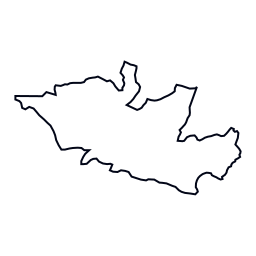 outline of Melaka Tengah, Melaka, Malaysia
{"feature_id": "92858781B41999482633518", "entity_name": "Melaka Tengah", "entity_type": "district", "adm_level": 2, "iso_a3": "MYS", "parent_name": "Malaysia", "parent_adm1": "Melaka", "projection": "albers", "projection_center": [102.271, 2.246], "detail": "fine", "context": "isolated", "style": "outline", "palette": "ink", "viewbox_px": 256, "rotation_deg": 0, "n_neighbors": 0, "source": "geoboundaries", "source_scale": "gbopen_adm2", "svg_char_len": 2641}
<svg xmlns="http://www.w3.org/2000/svg" viewBox="0 0 256 256"><path d="M15.4,96.0L15.4,99.5L19.4,101.1L21.1,103.0L22.2,107.9L25.4,109.3L29.2,106.9L33.6,108.5L36.6,112.0L39.3,115.3L44.0,119.4L47.5,122.9L50.5,125.6L53.5,131.1L55.1,135.2L56.2,140.1L58.7,145.3L61.4,149.6L64.9,149.6L69.5,148.5L72.8,148.0L77.7,147.7L81.5,148.0L84.3,150.2L88.6,150.2L89.2,150.2L86.2,152.9L85.1,154.0L83.2,157.0L81.3,161.1L81.3,164.1L83.7,164.1L86.7,163.8L90.8,160.0L93.2,158.9L96.5,158.6L99.0,161.6L103.0,163.5L107.1,164.1L110.4,163.8L112.3,164.6L110.9,168.1L109.9,170.3L113.1,171.7L117.5,172.0L121.0,170.3L125.1,170.9L128.6,172.0L131.6,176.6L140.9,179.6L146.1,180.4L148.3,179.3L154.3,179.6L159.4,182.6L162.1,182.8L166.5,183.4L172.2,185.8L175.5,186.9L178.8,190.2L181.5,191.8L185.0,192.9L190.2,193.5L194.6,194.2L195.3,194.3L196.7,192.8L197.8,191.7L197.2,189.6L195.8,187.2L196.0,183.4L196.9,180.4L198.3,177.8L200.0,176.0L202.6,174.1L204.4,173.4L206.5,172.7L208.9,172.9L211.0,173.3L211.9,175.2L213.8,176.2L216.4,177.3L218.3,178.5L220.6,179.5L222.5,179.0L222.0,176.9L223.4,175.9L225.0,174.8L226.5,172.6L227.0,170.3L228.6,167.3L231.1,166.3L231.4,164.5L232.6,162.8L235.2,161.4L235.4,159.7L237.9,158.4L240.1,156.9L239.4,154.8L240.3,153.2L240.6,151.3L239.1,148.7L237.3,146.6L235.4,144.5L236.5,141.4L237.8,138.0L238.4,133.0L237.0,131.1L234.9,131.8L233.5,130.5L233.8,129.0L231.2,127.9L229.7,129.5L228.1,131.6L226.3,133.7L224.1,135.8L221.1,136.1L218.9,135.1L216.9,134.4L214.5,134.9L211.2,136.1L207.9,136.7L204.9,137.7L202.3,139.3L199.7,140.5L197.4,139.6L196.5,137.5L194.6,135.4L192.4,135.6L190.3,135.8L187.0,137.2L184.2,140.8L182.4,141.2L177.7,140.8L178.6,136.7L180.0,134.4L180.9,132.3L179.6,130.0L181.9,127.8L183.3,126.2L184.9,124.5L186.1,122.4L187.6,118.2L189.6,115.2L189.9,112.8L189.7,109.6L189.6,107.2L196.9,86.9L195.6,88.3L189.7,88.6L181.8,85.9L176.6,84.8L174.9,88.1L174.7,91.3L172.2,93.2L168.4,95.4L164.1,97.3L160.5,99.2L157.0,100.3L154.5,100.6L151.0,100.1L147.4,99.0L145.8,102.8L143.4,105.2L141.7,107.7L139.5,109.0L137.1,109.9L126.7,105.0L130.6,102.0L133.3,99.0L135.5,95.7L139.0,91.3L140.1,87.0L138.7,84.3L136.0,82.1L135.5,78.5L134.9,75.0L136.0,70.6L136.5,68.2L136.5,66.3L133.8,65.2L130.6,64.6L127.0,62.7L124.6,61.7L123.5,65.5L121.8,68.7L120.5,72.8L122.7,75.3L124.0,77.4L122.9,79.9L124.3,83.2L124.0,85.3L122.4,87.8L122.4,90.2L118.8,90.5L115.3,86.4L113.4,83.2L110.1,80.4L106.9,81.3L102.8,79.1L97.9,76.6L95.2,77.4L92.4,77.7L88.9,78.3L85.9,79.6L84.0,82.1L80.7,82.9L76.4,82.9L72.8,82.9L70.1,83.2L67.4,84.5L64.9,84.3L63.0,85.1L60.8,85.9L55.7,85.3L54.8,86.7L54.6,89.7L55.4,92.7L55.7,94.9L46.4,92.1L42.3,96.2L15.4,96.0Z" fill="none" stroke="#020617" stroke-width="2"/></svg>